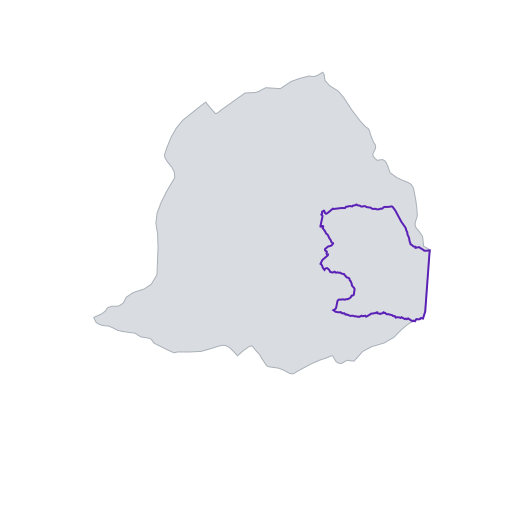 where Masvingo sits in Zimbabwe, rotated 322°
{"feature_id": "ZWE-532", "entity_name": "Masvingo", "entity_type": "Province", "adm_level": 1, "iso_a3": "ZWE", "parent_name": "Zimbabwe", "parent_adm1": "", "projection": "albers", "projection_center": [30.801, -20.777], "detail": "fine", "context": "in_parent", "style": "outline", "palette": "violet", "viewbox_px": 512, "rotation_deg": 322, "n_neighbors": 0, "source": "natural_earth", "source_scale": "10m", "svg_char_len": 8043}
<svg xmlns="http://www.w3.org/2000/svg" viewBox="0 0 512 512"><g transform="rotate(322 256 256)"><path d="M349.1,408.3L345.3,405.8L340.1,404.1L333.6,403.3L325.0,403.6L314.5,405.0L303.3,403.4L291.2,398.6L281.2,396.9L269.3,399.1L268.8,399.2L266.7,397.6L263.4,394.1L257.9,393.5L256.4,392.7L255.2,391.4L254.4,389.7L254.1,387.9L254.9,382.1L254.4,381.4L252.9,380.7L249.9,380.1L242.7,377.5L233.6,375.1L218.9,372.5L213.2,371.9L211.8,371.1L210.1,369.0L207.2,362.4L204.5,358.0L198.0,351.3L196.9,349.2L197.2,343.8L197.5,339.5L198.2,335.8L197.8,332.3L197.6,328.0L197.8,325.1L196.9,323.9L194.5,323.1L188.0,322.8L180.0,323.2L179.7,318.8L178.8,312.1L177.2,308.2L175.3,306.2L171.6,304.2L164.1,301.5L153.9,297.3L145.1,291.1L134.9,283.2L131.8,281.9L127.9,274.4L121.9,261.6L122.2,257.3L121.3,255.2L115.6,249.0L114.3,245.7L113.2,242.4L104.3,233.3L101.2,229.3L98.8,224.1L96.4,220.0L94.4,218.4L91.8,215.6L90.0,212.4L89.1,210.0L89.7,206.8L90.4,204.5L98.8,206.6L103.4,206.6L106.9,205.4L111.3,206.7L116.6,210.8L122.4,211.4L128.5,208.6L136.8,209.2L147.4,213.1L156.1,213.8L166.4,209.8L175.4,199.2L183.9,189.2L192.2,177.8L197.2,168.6L204.7,161.1L214.6,155.2L224.7,150.3L240.3,144.2L243.4,139.3L244.3,134.0L244.2,126.6L245.0,121.8L246.6,119.6L249.2,117.9L252.6,115.6L262.8,109.9L271.5,106.3L282.0,103.9L293.6,103.8L304.8,103.7L311.1,103.7L311.2,110.7L311.7,118.7L313.0,119.5L321.3,119.6L334.8,120.2L347.7,120.8L355.9,126.6L358.7,127.8L367.3,129.4L378.2,139.1L391.3,140.1L400.4,143.2L408.3,146.7L412.8,150.7L415.8,151.6L419.8,152.0L421.7,152.3L421.3,155.2L418.5,160.0L418.8,167.0L422.3,176.6L422.7,185.0L421.4,199.8L421.2,214.1L421.6,219.2L422.1,222.6L422.9,224.5L422.7,226.6L420.4,232.6L418.6,238.9L418.5,241.4L417.8,243.2L416.5,244.7L410.8,247.6L409.8,249.4L409.8,252.6L410.5,255.4L412.6,256.4L415.1,258.0L416.1,260.1L416.1,262.3L415.2,266.3L412.9,272.9L415.1,280.5L417.5,285.5L420.9,291.3L422.3,294.9L422.2,297.4L421.7,299.9L416.3,310.3L412.5,316.8L407.8,323.7L401.7,328.0L400.1,330.1L399.5,332.5L399.7,337.7L399.3,343.2L394.1,351.5L397.2,358.8L396.5,359.5L394.7,360.5L387.3,368.6L379.7,376.7L374.2,382.7L367.9,389.5L361.0,397.2L355.0,403.7L349.1,408.3Z" fill="#d9dde1" stroke="#a8b0b8" stroke-width="1"/><path d="M346.3,406.7L346.0,406.5L345.3,406.1L345.0,406.0L344.7,405.8L343.9,404.7L343.4,404.5L342.8,404.6L341.4,405.2L341.1,405.3L340.5,404.2L340.4,404.0L339.6,403.9L339.3,403.8L339.1,403.6L339.0,403.3L338.9,402.7L338.3,401.8L338.2,401.4L338.2,400.9L337.8,400.0L337.6,399.1L337.5,398.9L337.1,398.8L336.9,398.7L336.1,398.7L335.9,398.6L336.0,398.1L335.9,397.9L335.7,397.7L335.3,397.6L334.7,397.4L334.4,397.3L334.3,397.1L334.1,396.6L333.9,395.8L333.8,395.6L333.3,394.9L333.2,394.7L333.2,394.1L333.1,393.9L332.9,393.8L332.6,393.8L332.0,393.8L331.8,393.8L331.6,393.6L331.4,393.0L331.2,392.7L330.7,392.3L330.5,392.1L330.2,391.7L329.9,391.4L329.4,391.0L329.0,390.8L328.6,390.8L328.2,390.7L328.1,390.4L328.3,390.0L328.3,389.6L328.3,389.3L328.4,389.1L328.4,388.9L328.3,388.7L327.6,388.3L327.3,388.0L327.0,387.5L326.9,387.2L327.0,386.7L326.9,386.5L325.0,384.1L324.9,383.8L324.7,383.5L324.5,383.3L323.4,382.7L322.8,381.2L322.8,380.7L322.8,380.4L322.6,380.2L322.0,379.9L321.9,379.8L322.0,379.2L321.9,379.0L321.8,378.8L321.5,378.8L321.1,379.0L320.9,379.0L320.6,379.0L319.6,378.6L319.1,378.3L318.9,378.3L318.5,378.3L318.2,378.2L317.9,377.6L317.7,377.3L316.8,376.4L316.5,375.8L316.4,375.7L316.5,375.5L316.7,375.1L316.8,375.0L316.6,374.8L316.3,374.7L315.5,374.6L314.2,374.1L313.8,373.8L312.9,373.4L311.9,372.7L310.9,372.2L310.7,372.2L310.0,372.4L309.8,372.4L309.3,372.2L305.9,371.8L305.6,371.7L305.3,371.4L305.4,370.6L305.3,370.4L305.2,370.2L304.6,369.9L304.3,369.8L303.5,369.3L302.9,369.1L302.7,368.9L302.5,368.3L302.4,368.0L302.0,367.9L301.2,367.8L300.7,367.7L300.2,367.7L299.8,367.5L299.6,367.2L299.5,366.9L299.1,366.7L298.9,366.6L298.6,366.4L298.4,366.1L298.1,365.5L297.3,364.8L296.8,364.5L296.6,364.3L295.9,363.1L295.3,362.5L294.8,362.2L294.1,361.7L293.5,361.3L293.0,360.6L292.4,359.1L292.2,358.9L291.8,358.7L291.6,358.5L291.6,358.0L291.5,357.8L291.3,357.6L291.0,357.5L290.6,357.4L290.4,357.0L290.4,355.7L290.3,355.4L290.1,355.2L289.7,354.9L289.4,354.8L289.1,354.8L288.9,354.5L288.7,354.1L288.2,353.2L288.1,352.8L288.1,352.5L288.2,352.4L288.0,352.2L286.5,351.3L284.5,349.1L284.2,348.4L283.6,346.3L285.7,346.6L286.5,346.5L287.4,346.0L292.3,341.8L292.9,341.5L293.3,341.4L293.7,341.3L294.2,341.3L294.5,341.4L294.8,341.6L295.0,341.8L296.0,342.5L296.2,342.8L296.5,343.0L297.6,343.5L297.8,343.6L298.5,344.5L298.9,344.9L299.4,345.2L300.4,345.5L300.6,345.6L301.3,346.3L301.7,346.5L303.1,346.8L303.9,346.8L305.0,346.9L305.4,346.9L305.6,346.8L305.7,346.7L306.2,346.5L306.7,346.2L306.8,346.1L307.0,346.1L307.8,346.6L308.4,346.8L308.7,346.8L309.1,346.8L313.2,342.9L313.5,342.4L313.6,341.7L313.4,338.4L313.5,338.1L313.6,337.9L314.1,337.3L314.2,337.1L314.3,336.8L314.6,335.7L315.0,334.8L315.1,334.3L314.9,333.4L314.9,333.1L315.0,332.6L315.6,331.6L315.6,331.3L315.7,331.1L315.5,330.6L315.3,329.8L314.5,329.1L314.4,328.9L314.3,328.4L314.2,328.1L314.3,327.3L314.3,327.0L314.1,326.3L314.1,326.0L314.1,325.6L314.3,325.1L314.3,324.8L314.3,324.5L312.5,322.5L312.4,322.1L312.3,321.5L312.2,321.3L312.1,321.1L312.0,320.9L310.9,320.2L310.6,319.8L310.3,319.1L310.1,319.0L309.9,318.9L309.2,318.7L308.8,318.5L308.6,318.1L308.4,317.7L308.4,316.9L308.1,316.6L307.9,316.6L307.1,316.5L306.6,316.4L306.2,316.2L305.7,315.7L305.2,314.7L304.8,314.5L304.7,314.2L304.7,313.8L305.0,312.6L305.1,311.7L305.0,310.8L304.8,310.1L304.7,309.5L304.4,309.2L303.8,308.9L303.2,308.7L302.5,308.6L301.7,309.1L301.4,309.2L301.3,307.8L301.5,306.0L302.0,305.0L302.3,303.4L302.3,302.8L302.1,302.4L301.9,302.1L302.0,301.9L302.4,301.7L305.6,300.1L305.8,300.0L312.7,299.7L313.2,299.6L313.4,299.4L312.9,299.3L312.9,299.0L313.0,298.6L312.9,298.3L312.9,298.1L313.0,297.7L313.1,297.4L314.1,296.7L314.5,296.2L314.5,295.9L314.3,295.5L314.2,295.1L314.1,294.8L313.9,294.4L313.9,294.2L314.4,293.3L314.8,293.0L318.4,292.9L318.8,293.0L319.2,293.1L320.3,293.7L321.6,294.1L322.1,294.1L322.7,294.1L323.9,293.8L324.6,293.4L324.6,293.2L324.3,292.8L324.2,292.7L324.1,292.0L324.1,291.4L324.2,290.6L324.7,289.2L324.7,288.9L324.7,287.8L324.7,287.4L325.5,283.8L325.5,283.3L325.4,282.9L325.3,282.2L325.1,281.5L325.6,279.1L325.7,275.4L325.7,275.0L326.0,274.8L326.5,274.6L327.0,274.3L327.2,273.9L327.2,273.6L326.9,273.3L326.6,273.1L325.3,272.8L325.0,272.7L324.9,272.6L325.0,272.4L325.3,272.0L331.2,267.1L333.1,265.4L333.2,264.4L333.0,264.0L332.9,263.7L333.0,263.5L333.9,263.3L334.3,263.2L334.5,262.8L335.0,262.1L335.3,261.9L335.7,261.8L337.2,262.0L337.5,262.1L337.5,262.6L337.4,263.0L337.2,263.2L337.3,263.4L337.1,263.9L337.0,264.4L336.9,264.9L337.0,265.5L337.2,265.9L339.0,266.2L345.7,266.0L346.2,266.8L353.2,271.0L354.7,272.3L355.2,272.7L355.7,273.0L356.0,273.0L356.2,272.9L356.6,272.7L356.9,272.6L357.4,272.7L357.6,272.8L357.8,272.9L358.3,273.3L358.5,273.5L359.5,273.8L360.0,274.0L361.4,275.1L362.1,276.0L362.3,276.1L362.6,276.2L363.3,276.0L363.6,276.0L364.1,276.4L365.1,276.9L365.5,277.0L366.6,277.2L366.9,277.3L367.0,277.4L367.0,278.1L367.1,278.4L367.4,278.8L368.7,280.1L368.8,280.3L369.1,281.3L369.3,281.6L369.6,282.0L369.9,282.3L371.9,283.3L372.4,283.7L372.7,284.0L373.1,285.1L373.3,285.5L374.3,286.7L375.6,287.9L376.1,288.6L376.6,290.2L376.8,290.5L377.1,291.0L377.6,291.3L378.7,291.9L378.9,292.1L379.1,292.3L379.5,293.0L379.8,293.4L380.4,294.0L381.3,294.7L381.9,295.0L383.2,295.3L383.5,295.5L384.1,296.1L384.4,296.3L384.6,296.4L385.6,296.3L386.4,296.2L387.2,296.4L387.7,296.6L390.5,298.8L392.7,300.0L393.5,300.5L393.6,300.9L393.9,301.3L393.8,305.8L391.6,318.5L391.3,324.8L390.9,327.0L390.3,327.9L389.8,330.5L389.0,331.7L388.6,332.3L388.4,333.1L388.3,334.1L387.5,336.4L386.0,339.2L385.7,340.2L385.6,340.7L385.0,341.7L385.0,342.1L385.4,342.6L385.5,343.0L385.9,345.1L386.0,345.5L386.3,345.9L387.2,346.7L387.3,347.1L386.8,347.8L389.8,349.3L390.0,349.5L390.3,350.6L391.7,354.3L391.7,355.0L392.3,355.9L396.3,358.5L355.2,403.9L349.1,408.1L348.1,406.7L347.7,406.4L347.3,406.3L346.6,406.6L346.3,406.7Z" fill="none" stroke="#5b21b6" stroke-width="2"/></g></svg>